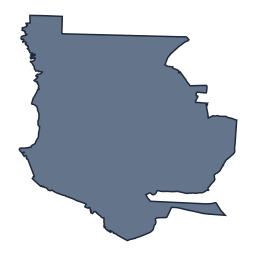 outline of Rovinari, Gorj, Romania
{"feature_id": "2599482B72679771783557", "entity_name": "Rovinari", "entity_type": "district", "adm_level": 2, "iso_a3": "ROU", "parent_name": "Romania", "parent_adm1": "Gorj", "projection": "equal_earth", "projection_center": [23.157, 44.921], "detail": "fine", "context": "isolated", "style": "filled", "palette": "slate", "viewbox_px": 256, "rotation_deg": 0, "n_neighbors": 0, "source": "geoboundaries", "source_scale": "gbopen_adm2", "svg_char_len": 5580}
<svg xmlns="http://www.w3.org/2000/svg" viewBox="0 0 256 256"><path d="M206.4,85.4L198.9,85.5L190.0,85.8L189.1,84.3L186.9,81.7L186.1,80.1L180.2,72.0L179.8,72.2L179.7,72.7L179.3,72.9L178.7,72.8L178.5,72.6L178.5,72.1L179.0,71.2L178.7,70.8L177.0,69.7L173.0,68.3L172.7,67.9L172.8,66.8L171.1,66.8L169.0,66.4L167.7,66.4L164.9,64.7L165.4,63.7L167.6,57.8L170.6,54.0L178.4,46.9L185.1,41.9L187.8,40.8L188.9,39.8L187.3,37.8L185.8,36.7L185.3,36.9L183.9,36.9L62.8,33.8L62.1,33.6L61.9,33.4L61.8,33.1L62.3,16.4L42.0,15.6L29.9,15.4L29.9,18.3L30.2,22.9L26.0,23.4L26.6,25.0L27.2,24.9L27.3,25.0L27.3,25.4L26.5,26.5L25.8,26.9L25.4,26.9L24.2,27.6L23.3,27.7L22.6,27.5L22.3,27.9L22.4,28.8L22.1,29.9L22.1,30.3L22.6,30.5L23.6,30.4L23.9,31.0L24.4,31.4L24.9,31.1L25.1,31.2L25.3,31.6L25.0,32.6L25.2,33.1L25.7,34.0L26.7,34.2L26.8,34.8L21.5,36.5L21.3,37.0L21.0,38.8L21.8,39.5L23.2,39.0L23.7,39.6L23.5,40.2L23.8,40.3L23.9,40.7L23.5,41.2L23.5,41.4L22.8,41.6L22.9,42.1L25.2,41.7L25.9,42.2L26.2,43.3L25.3,43.8L25.5,44.4L26.3,45.1L26.8,45.4L27.3,45.4L27.5,46.1L28.0,46.0L28.3,46.8L28.2,47.0L28.2,48.0L27.4,48.5L27.6,48.7L28.3,48.6L28.4,48.9L28.2,49.3L28.6,49.4L28.7,49.9L28.9,50.2L29.3,50.3L29.4,50.5L29.2,51.0L29.9,52.5L30.2,52.7L30.7,52.8L31.1,53.4L32.3,53.0L32.8,54.0L30.7,54.9L31.1,55.6L31.4,55.6L32.6,55.3L33.0,54.9L34.7,54.1L34.9,54.3L33.7,55.0L33.3,55.3L33.5,55.6L34.9,55.1L35.0,55.5L30.3,57.2L30.4,57.6L31.4,57.2L31.6,57.5L32.0,57.4L32.1,57.7L30.6,58.3L30.7,58.6L31.3,58.5L31.4,58.8L34.9,57.7L35.2,58.2L34.3,58.6L34.6,59.5L34.3,59.9L34.1,60.5L33.9,60.7L32.6,61.2L30.5,61.4L30.5,62.0L30.9,62.0L31.6,62.6L32.2,63.5L33.0,65.0L34.2,66.5L34.3,68.5L34.7,69.2L35.5,70.5L35.6,70.8L35.8,71.1L36.3,71.1L37.9,70.7L38.8,71.7L39.9,71.5L40.6,71.7L41.1,72.0L42.2,71.7L42.4,72.1L40.6,73.8L38.7,74.3L37.3,74.2L36.9,74.9L36.0,75.7L36.6,76.0L36.2,76.4L36.3,76.6L36.7,76.8L37.6,76.6L37.8,76.7L37.3,78.1L35.5,79.3L34.1,80.5L34.6,81.0L35.5,81.3L36.2,81.9L37.0,81.7L37.3,81.8L37.3,82.1L37.1,82.4L37.8,83.1L37.4,83.5L38.7,85.3L38.5,87.5L38.7,88.2L39.0,88.6L39.0,89.6L38.5,89.6L37.9,89.3L37.7,89.5L37.0,91.6L34.2,96.7L33.2,98.1L32.9,99.4L31.6,103.5L31.7,103.9L32.4,104.2L33.4,104.4L34.9,105.0L36.6,106.5L37.5,108.5L37.5,109.0L37.4,109.5L38.7,113.0L39.1,115.1L38.6,119.9L38.1,120.4L38.0,120.8L38.0,124.7L38.4,125.5L39.7,126.8L39.5,127.2L39.4,129.5L38.7,132.3L38.4,136.7L38.0,137.9L37.4,138.7L36.1,141.0L35.2,143.3L34.8,143.8L32.4,145.1L31.5,145.7L31.1,146.4L31.1,147.1L24.2,148.2L22.5,148.0L20.3,148.2L19.9,148.3L19.5,148.8L19.3,149.2L19.4,149.6L20.3,151.1L22.1,153.1L23.2,152.6L24.0,152.1L24.2,152.3L22.7,153.3L22.8,154.0L23.0,154.8L24.3,156.4L25.3,155.7L25.6,155.6L26.0,155.7L26.4,156.3L26.6,157.2L26.6,157.9L26.3,158.0L27.2,159.3L27.8,159.4L28.1,159.8L28.4,160.8L34.1,175.8L34.4,176.1L33.1,177.0L33.4,177.6L32.3,178.6L38.2,184.1L40.8,186.4L41.2,186.3L41.5,185.8L41.9,186.0L42.0,186.4L42.9,187.0L43.3,187.0L43.6,186.6L45.0,187.5L46.0,187.7L47.3,188.8L47.9,189.8L48.5,190.2L49.3,190.5L50.8,190.7L51.8,190.0L54.2,191.7L57.7,193.3L63.3,195.3L64.9,195.5L65.6,195.8L65.7,196.1L73.3,198.9L76.4,200.5L83.5,202.9L86.2,204.1L84.8,206.8L87.2,207.9L88.4,208.1L89.1,207.4L89.7,207.6L90.0,208.1L90.1,209.2L90.4,209.4L90.6,210.0L90.4,210.4L90.5,211.2L91.0,211.1L91.2,211.4L90.8,211.9L90.9,212.8L92.6,213.6L94.2,211.5L95.4,211.9L95.7,211.7L96.6,213.0L97.1,212.9L97.2,213.4L98.2,214.4L100.3,215.9L101.5,217.2L102.3,217.8L103.9,217.9L104.0,220.2L103.9,222.0L104.4,224.5L103.9,225.3L104.0,226.5L104.3,226.6L104.3,227.5L104.5,227.5L104.9,226.9L105.2,227.0L104.9,227.5L106.0,229.2L106.8,229.7L107.0,230.0L107.7,230.1L107.8,230.3L107.8,230.7L108.7,231.1L110.0,232.1L110.3,232.1L109.3,231.0L109.9,230.5L113.7,232.5L113.6,233.2L116.2,234.0L117.5,235.1L120.2,236.7L127.4,240.6L129.9,239.5L135.4,238.3L135.4,238.0L140.4,236.4L146.8,233.8L149.5,232.6L150.7,231.9L152.4,230.5L153.0,229.7L153.5,228.5L154.1,225.6L154.3,225.2L155.2,224.5L155.5,223.9L155.9,221.8L155.8,220.9L155.4,220.0L155.5,218.7L155.9,218.3L156.6,218.1L158.9,217.7L165.6,217.6L166.6,217.3L167.3,216.3L168.7,213.5L171.5,207.4L176.3,207.5L179.1,208.0L189.1,210.4L192.9,211.1L203.3,213.5L208.9,214.1L225.3,215.3L221.5,211.2L220.4,209.8L216.2,203.0L215.6,202.7L211.2,203.6L206.6,203.9L151.4,201.3L149.8,201.0L149.4,199.9L149.0,199.3L148.6,199.1L147.5,198.0L146.4,195.5L145.8,194.6L146.8,194.3L149.4,193.0L150.7,193.1L151.6,193.9L152.3,194.7L154.1,194.6L155.6,193.6L156.5,192.1L157.1,190.8L157.5,190.7L159.0,190.8L160.8,191.3L162.6,191.5L168.1,191.4L172.1,191.7L177.6,191.4L184.8,193.0L187.6,193.5L188.8,193.1L190.9,193.2L192.4,192.9L194.4,193.2L195.7,193.3L199.0,192.8L201.9,192.8L204.1,192.0L205.4,191.1L206.4,190.6L207.3,190.3L208.5,190.3L208.7,190.1L208.3,189.6L207.9,188.4L208.1,187.9L212.0,183.1L214.0,181.1L214.3,180.3L214.9,179.5L214.6,178.7L214.3,175.7L214.3,175.1L214.5,174.7L216.0,173.5L217.0,173.2L219.8,170.9L222.1,166.9L223.3,165.4L223.0,165.3L223.4,164.5L225.8,160.4L232.7,154.5L234.4,152.7L234.7,151.6L234.6,147.1L235.0,144.5L236.7,120.1L235.0,119.7L232.8,118.7L231.1,118.2L227.9,117.5L226.0,116.4L219.6,116.3L217.6,115.6L216.6,115.7L215.4,116.1L213.8,115.8L212.5,115.9L208.3,118.0L207.8,113.6L206.7,108.2L206.7,107.2L206.5,106.1L206.6,105.6L207.4,105.1L207.5,104.9L207.3,104.6L206.1,104.5L206.0,104.3L206.3,103.7L207.1,103.5L207.4,103.2L202.3,102.9L198.8,102.5L196.2,102.5L195.7,102.4L195.5,102.0L195.4,101.9L195.8,100.7L197.6,97.4L197.8,96.9L197.7,96.1L196.4,95.9L196.2,95.7L196.4,94.9L196.2,93.8L196.7,92.5L196.9,92.2L197.7,92.2L205.3,92.9L206.3,92.8L206.4,92.4L206.6,91.4L207.0,86.9L206.8,86.0L206.6,85.6L206.4,85.4Z" fill="#64748b" stroke="#1e293b" stroke-width="1.5"/></svg>